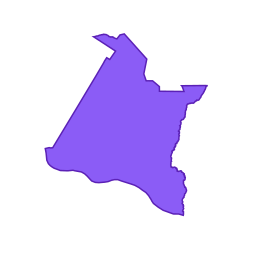 the district of Ramallo, Buenos Aires, Argentina, rotated 168°
{"feature_id": "61730980B89935327549189", "entity_name": "Ramallo", "entity_type": "district", "adm_level": 2, "iso_a3": "ARG", "parent_name": "Argentina", "parent_adm1": "Buenos Aires", "projection": "robinson", "projection_center": [-60.168, -33.589], "detail": "fine", "context": "isolated", "style": "filled", "palette": "violet", "viewbox_px": 256, "rotation_deg": 168, "n_neighbors": 0, "source": "geoboundaries", "source_scale": "gbopen_adm2", "svg_char_len": 5222}
<svg xmlns="http://www.w3.org/2000/svg" viewBox="0 0 256 256"><g transform="rotate(168 128 128)"><path d="M95.3,191.5L112.1,220.8L116.5,220.7L120.3,217.5L122.0,218.4L122.5,218.8L122.8,218.9L123.1,219.3L123.1,219.5L123.3,219.7L123.6,219.9L123.9,220.2L124.1,220.1L124.5,220.4L124.8,220.3L125.6,220.7L126.2,220.6L126.4,220.7L127.0,221.3L127.3,221.4L127.6,221.4L127.8,221.6L128.0,222.1L128.4,222.7L128.9,223.1L129.1,223.2L130.2,224.1L131.0,224.2L132.0,224.7L132.3,224.6L132.6,224.8L132.8,224.8L133.1,224.6L133.4,224.7L133.9,224.6L134.2,224.6L134.5,224.8L134.8,224.8L135.6,224.6L136.7,224.7L138.4,224.3L138.8,224.4L139.2,224.4L139.4,224.5L139.8,224.5L141.4,224.3L142.7,224.4L124.2,205.8L131.6,198.8L134.2,201.2L137.0,198.4L138.2,196.9L147.6,186.6L172.9,159.4L205.8,124.3L206.9,124.5L207.6,124.5L208.5,124.9L209.2,125.2L213.2,125.1L213.3,120.6L214.1,113.4L213.3,109.7L211.9,107.4L210.3,105.6L208.6,104.0L205.7,102.2L203.1,100.5L196.8,98.9L195.3,98.6L190.6,98.1L189.1,97.3L182.7,94.7L179.9,92.2L177.9,89.4L175.5,85.3L174.5,83.7L171.3,81.6L167.9,80.6L162.1,79.9L158.6,79.7L154.9,80.3L152.0,80.3L148.7,79.6L145.0,77.3L136.5,72.5L133.2,70.5L129.5,67.3L127.1,64.5L123.9,61.2L121.8,57.4L121.2,55.6L120.3,53.3L119.9,51.7L118.8,48.9L114.9,44.3L110.7,40.2L101.5,34.5L96.2,33.3L92.1,31.1L91.7,32.0L91.6,32.5L91.3,33.9L91.1,34.6L91.2,34.9L91.7,34.9L91.8,35.0L91.9,35.3L91.8,35.6L91.5,36.1L91.3,36.5L90.6,37.2L90.3,37.6L90.3,37.9L90.5,39.0L90.3,39.6L89.9,39.9L89.8,40.3L90.2,41.0L89.9,41.4L89.9,41.7L90.0,41.8L90.6,42.4L90.8,42.8L90.7,43.2L90.0,43.9L89.8,44.3L89.8,44.6L89.9,45.0L90.1,45.2L90.1,45.5L90.1,45.9L89.5,47.2L89.1,47.6L88.8,47.9L88.5,48.0L88.3,48.3L87.7,48.5L87.6,48.9L87.6,49.3L87.0,50.1L86.8,50.3L86.6,50.6L86.4,51.7L86.2,51.8L85.6,52.1L84.9,52.8L84.4,53.7L83.8,54.4L83.7,55.5L83.9,56.3L83.8,57.0L84.0,57.8L84.1,58.0L84.6,58.0L84.8,58.2L84.8,58.4L84.7,58.6L84.6,58.9L84.9,59.4L84.9,60.2L85.1,60.8L85.1,61.3L85.4,61.8L85.4,62.0L85.2,62.4L85.1,62.7L85.1,63.3L84.9,63.6L84.9,64.2L84.7,64.8L84.6,65.3L84.3,65.4L83.8,65.2L83.4,65.3L83.2,65.5L82.7,66.3L82.6,67.0L82.4,67.3L82.3,67.6L82.9,68.1L82.9,68.6L82.7,68.9L82.3,69.1L82.4,69.3L82.8,69.4L82.9,69.6L82.7,70.0L82.8,70.3L83.1,70.7L82.6,70.8L82.5,71.3L82.5,71.5L82.9,71.8L83.3,72.5L83.5,72.8L83.9,73.1L84.3,73.7L84.7,73.7L84.8,74.2L84.7,74.5L84.7,74.8L84.8,74.9L85.3,75.2L86.5,75.1L87.1,75.1L87.4,75.0L88.0,75.1L88.2,75.4L88.8,75.6L88.7,76.0L88.4,76.1L88.5,76.5L88.9,76.9L88.9,77.1L88.6,77.4L88.5,77.6L88.8,77.9L88.8,78.2L88.9,78.4L88.9,78.5L89.5,78.5L89.5,78.9L89.5,79.3L89.7,79.5L91.0,80.2L91.8,79.9L92.8,80.0L92.9,80.5L93.0,80.6L93.4,80.8L93.8,80.8L94.0,81.0L93.8,82.1L93.9,82.6L93.9,83.0L93.5,83.7L93.6,84.1L93.4,84.4L93.2,84.7L93.2,84.8L93.3,85.1L93.2,85.3L93.1,85.6L92.8,86.3L92.7,86.5L92.4,86.5L92.5,87.0L92.4,87.3L92.4,87.7L92.1,88.1L92.1,88.6L92.1,88.9L91.7,89.2L91.6,89.5L92.0,90.5L92.1,90.9L91.9,91.9L91.6,92.1L91.4,92.4L90.8,93.7L90.3,94.2L90.0,94.7L89.8,94.9L89.7,95.3L89.9,95.5L90.0,95.9L89.8,96.3L89.2,96.7L88.9,96.5L88.5,96.5L88.4,96.6L88.2,97.0L87.9,97.3L87.6,97.1L87.3,97.0L87.1,97.1L87.0,97.7L87.3,97.9L87.3,98.1L87.1,98.5L86.9,99.3L86.7,99.4L86.2,99.3L85.8,99.7L86.1,99.8L86.1,100.1L85.9,100.2L85.4,100.4L85.0,100.8L85.1,101.0L85.3,101.2L85.3,101.5L85.2,101.7L84.9,102.2L84.9,102.5L84.6,102.8L84.4,102.8L84.3,102.5L84.1,102.5L83.8,102.7L83.6,102.6L83.4,102.8L83.3,103.0L83.2,103.2L83.3,103.5L83.2,103.9L83.1,104.0L82.4,104.1L82.0,104.4L81.8,104.6L81.7,105.0L81.4,105.5L80.9,105.7L80.7,105.9L80.4,106.7L80.4,106.9L80.5,107.3L80.2,107.9L80.0,109.0L79.8,109.3L79.4,109.6L79.3,110.0L79.6,110.3L79.6,111.3L79.3,111.4L79.2,111.6L79.2,111.9L79.2,112.0L78.8,112.2L78.5,113.4L78.6,113.8L79.1,114.0L79.3,114.2L79.3,114.5L78.7,114.8L78.3,115.4L77.6,115.7L77.4,116.2L77.3,116.9L76.9,117.4L76.8,117.5L76.9,117.9L76.4,118.7L76.5,119.0L76.8,119.2L76.9,119.5L76.5,119.6L76.3,119.7L76.2,119.9L75.7,120.4L75.4,121.0L75.2,121.6L75.1,121.9L75.0,122.3L75.3,122.7L75.3,123.0L75.2,123.8L75.0,124.0L74.5,124.1L74.1,124.6L73.6,125.0L73.3,125.1L73.0,124.8L72.7,124.8L71.9,125.1L71.4,125.7L71.1,125.9L70.8,126.5L70.3,126.6L69.9,127.0L70.0,127.4L69.7,127.8L69.6,128.0L69.6,128.7L69.5,129.0L69.2,129.3L69.1,129.7L68.9,130.0L68.9,131.1L68.6,131.4L68.3,132.6L68.1,133.1L67.6,133.5L67.2,133.7L67.2,134.2L67.0,134.6L66.9,135.3L66.3,135.9L66.2,136.2L66.2,136.8L65.9,137.3L65.9,137.6L66.0,137.8L65.9,137.9L65.6,138.1L65.4,138.4L65.0,138.9L64.6,139.1L63.6,138.9L63.3,139.1L63.0,139.3L62.7,139.2L62.0,139.3L61.6,139.0L60.5,139.2L59.8,138.9L59.3,138.9L59.0,138.7L58.7,138.7L58.1,139.0L57.3,139.6L56.9,139.8L56.6,140.2L55.4,140.3L55.4,140.6L55.1,141.0L54.7,141.0L54.1,140.7L53.4,140.6L52.9,140.7L52.2,141.3L51.6,142.0L51.2,142.3L50.5,142.8L50.4,143.0L50.0,143.7L49.9,144.0L49.6,144.2L49.0,145.0L48.5,145.2L48.1,145.7L47.3,146.3L47.0,146.7L46.8,146.9L46.4,147.6L46.0,147.7L45.8,148.2L45.0,149.1L44.8,149.6L44.5,149.7L44.0,150.4L43.8,150.9L43.5,151.3L43.4,151.9L43.1,152.1L42.8,152.5L42.6,152.6L42.1,152.6L41.9,153.0L44.1,153.6L60.5,156.9L66.8,158.2L66.6,157.8L66.3,157.5L66.2,157.0L66.3,156.5L66.1,156.0L66.1,155.5L66.0,155.0L65.8,153.6L65.8,153.1L65.9,152.8L65.7,152.1L89.6,157.4L88.7,162.0L94.1,169.0L100.4,170.4L101.3,177.6L95.3,191.5Z" fill="#8b5cf6" stroke="#5b21b6" stroke-width="1.5"/></g></svg>